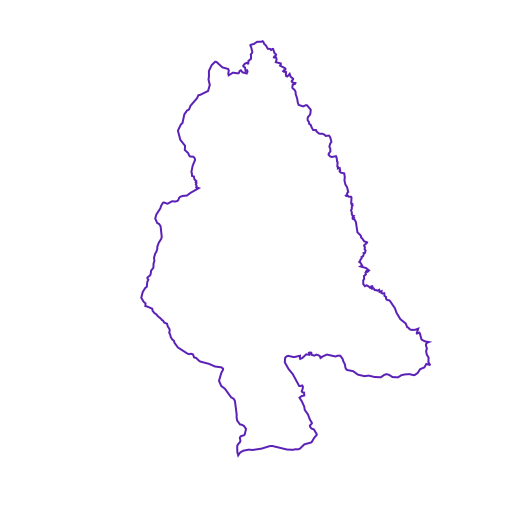 outline of Muong Cha, Điện Biên, Vietnam, rotated 152°
{"feature_id": "81297802B30042560711823", "entity_name": "Muong Cha", "entity_type": "district", "adm_level": 2, "iso_a3": "VNM", "parent_name": "Vietnam", "parent_adm1": "Điện Biên", "projection": "albers", "projection_center": [103.093, 21.828], "detail": "fine", "context": "isolated", "style": "outline", "palette": "violet", "viewbox_px": 512, "rotation_deg": 152, "n_neighbors": 0, "source": "geoboundaries", "source_scale": "gbopen_adm2", "svg_char_len": 6105}
<svg xmlns="http://www.w3.org/2000/svg" viewBox="0 0 512 512"><g transform="rotate(152 256 256)"><path d="M231.4,425.0L233.8,423.1L243.3,419.4L246.3,416.8L248.7,416.8L252.8,414.7L258.5,407.9L260.6,407.4L266.1,403.3L268.3,394.2L266.9,386.6L269.1,383.0L267.6,378.8L267.8,376.1L267.5,374.8L265.0,373.3L264.4,372.2L264.3,370.7L264.7,369.4L269.5,365.5L273.7,360.4L273.7,359.3L274.9,356.7L273.5,355.3L274.4,352.6L273.5,350.2L274.7,349.4L274.3,348.3L275.5,347.5L275.5,345.8L276.5,344.7L274.7,342.8L284.2,342.5L288.7,341.8L292.6,343.5L295.2,343.8L296.5,343.5L298.3,341.9L299.7,341.5L301.9,342.1L304.3,343.7L309.6,343.7L312.2,346.5L313.1,346.7L316.0,345.0L318.2,342.9L324.4,339.5L327.4,336.4L327.7,331.4L326.5,329.7L326.3,327.0L330.3,317.0L331.7,315.6L335.6,313.4L338.9,310.4L339.8,308.7L342.0,306.5L343.9,305.4L346.9,302.3L348.0,299.4L350.1,297.3L352.1,293.8L355.5,292.3L357.4,289.6L358.6,288.6L361.9,288.0L362.4,287.3L362.2,285.7L364.2,284.1L366.9,280.1L369.0,279.7L372.9,277.4L376.9,273.0L376.7,268.3L375.8,266.0L377.2,263.7L375.8,262.5L372.4,258.2L373.0,256.1L372.5,253.4L371.3,251.1L371.1,249.4L369.4,245.2L369.1,243.5L368.4,242.6L368.3,240.3L366.3,237.9L367.0,235.4L366.7,232.1L367.2,230.7L368.7,228.9L368.6,227.4L369.3,224.6L369.2,221.9L368.3,219.7L368.7,217.6L367.9,211.9L362.3,201.9L361.0,200.6L359.4,200.3L357.8,198.7L358.3,195.5L356.7,194.1L355.6,190.5L354.7,188.9L348.1,182.8L344.1,177.7L338.9,174.0L338.0,172.1L338.3,171.2L341.6,169.0L347.3,163.1L347.7,157.5L345.8,153.5L344.3,142.9L342.7,140.3L342.7,137.9L343.2,136.5L347.5,125.1L348.9,122.6L349.9,119.4L349.2,114.8L347.5,113.4L346.4,111.5L346.0,108.0L349.8,103.7L350.9,103.4L353.8,104.0L355.3,103.4L355.8,102.7L356.3,100.6L357.3,99.3L360.2,98.2L361.8,97.1L364.6,91.5L365.3,88.3L362.8,89.7L361.0,90.1L358.4,90.0L353.5,88.5L350.0,86.3L341.5,83.3L333.1,81.7L330.9,80.7L319.4,70.5L314.3,67.5L312.0,66.9L309.6,65.5L307.5,65.3L301.8,67.0L294.5,65.4L289.9,68.2L286.6,69.4L286.0,70.1L286.3,75.7L288.0,77.6L288.4,79.4L288.0,81.0L285.3,81.9L285.0,82.4L285.2,86.4L284.5,91.6L285.2,97.2L284.1,100.5L283.8,106.0L284.1,110.5L281.7,110.9L278.8,110.2L277.7,112.9L279.0,113.8L279.2,115.0L277.0,117.0L275.9,118.7L276.0,120.0L278.1,120.4L278.9,121.0L279.0,134.4L280.3,140.9L280.5,148.6L278.2,152.2L277.3,152.8L275.9,153.0L274.3,152.6L270.0,148.9L264.0,147.3L265.0,145.7L265.3,144.4L263.0,144.2L257.8,145.6L255.3,143.7L254.7,144.3L254.6,145.7L253.7,145.5L252.6,144.7L253.3,142.6L251.2,140.6L249.0,140.6L247.2,138.7L246.4,137.0L247.0,136.1L246.9,135.6L244.4,136.0L239.7,135.7L232.9,129.9L230.9,129.7L228.8,128.7L228.4,128.3L227.8,124.5L228.3,122.5L228.4,118.5L229.5,115.3L229.5,113.7L229.1,112.6L224.3,108.7L221.8,103.5L216.7,99.0L212.7,97.5L208.1,93.5L202.7,90.3L198.8,90.8L196.4,90.5L194.3,88.6L192.3,85.0L187.6,82.2L183.5,82.5L180.0,81.5L175.9,79.6L172.9,76.9L171.9,76.4L168.2,76.8L164.3,79.0L159.7,78.6L156.3,80.7L153.8,78.3L153.5,78.5L153.6,81.4L151.3,85.3L151.5,88.8L150.5,92.1L148.6,94.0L147.8,97.6L147.2,98.4L145.5,99.1L143.9,98.9L146.8,101.2L148.8,104.0L149.0,105.0L147.7,110.5L147.7,111.6L150.3,112.0L150.3,112.4L146.9,115.7L150.1,116.1L153.3,117.7L154.7,119.1L155.1,121.1L155.9,122.2L155.5,126.1L158.2,132.4L158.6,139.8L157.9,144.7L158.8,153.3L159.2,154.4L160.9,155.6L161.2,156.7L161.2,157.4L160.4,158.7L161.3,160.4L160.2,162.9L162.0,163.6L162.6,164.5L161.6,166.0L163.8,166.3L163.1,168.3L165.2,168.4L165.7,169.3L167.2,170.2L167.3,172.1L169.1,172.7L169.1,173.1L167.8,173.4L167.5,174.7L168.4,175.1L169.7,174.2L170.2,174.3L170.6,175.8L172.1,178.2L174.0,178.2L174.5,180.8L172.8,184.1L171.3,184.9L170.0,187.7L167.6,188.1L167.1,190.0L165.5,191.0L165.1,190.9L165.5,190.1L165.0,189.6L163.0,190.2L164.5,193.7L168.6,197.7L166.8,197.7L166.9,200.5L167.6,202.3L166.6,202.5L165.8,203.5L163.8,204.4L163.3,205.6L161.5,205.6L160.0,207.0L159.6,208.1L158.3,207.6L156.6,209.5L157.0,210.8L155.7,212.7L155.8,214.1L155.5,214.7L152.4,215.4L151.8,215.6L151.5,215.9L153.6,218.2L154.0,221.9L154.5,223.0L153.9,224.8L155.3,229.3L151.8,239.3L151.9,242.1L152.7,242.8L152.3,243.2L153.0,243.9L152.6,244.6L151.6,244.3L151.8,245.2L151.0,245.5L151.6,246.0L151.9,247.5L150.9,249.7L150.6,251.8L149.1,252.8L148.7,254.0L146.9,255.4L146.8,256.0L147.5,256.3L147.4,257.0L146.7,257.1L147.1,258.0L144.2,262.9L144.3,263.7L146.4,264.9L146.6,266.1L148.1,266.5L148.3,267.1L147.4,267.2L145.5,269.0L144.5,269.2L143.3,274.0L143.5,277.2L142.4,281.3L140.7,283.7L139.3,287.5L141.8,289.6L142.5,291.1L142.4,291.7L141.6,292.0L140.8,294.4L142.6,294.8L141.8,296.1L142.2,296.8L139.9,300.5L140.1,301.3L138.8,304.5L138.5,306.6L142.6,307.8L143.8,309.2L144.4,311.4L143.4,312.4L141.2,313.4L140.0,316.0L139.9,318.1L137.7,320.4L135.9,321.3L134.9,325.1L134.8,327.0L135.1,328.1L138.1,329.3L138.5,330.8L140.1,332.9L141.9,333.7L143.0,334.7L144.1,337.7L143.9,339.0L146.4,340.4L146.5,343.7L146.1,345.8L147.0,347.9L146.4,349.3L146.6,351.6L146.1,352.9L144.7,354.4L142.6,355.1L141.3,356.0L139.0,359.4L140.2,365.1L141.0,365.7L144.2,366.0L147.4,369.4L147.2,371.4L145.7,375.8L145.0,380.2L144.0,382.3L144.0,384.9L144.9,386.8L144.8,387.8L143.3,389.9L140.6,389.7L140.0,390.2L142.1,391.9L142.6,393.0L142.2,393.9L140.5,394.4L140.0,395.1L141.3,398.2L140.8,401.0L144.1,399.8L144.9,400.6L144.5,402.2L143.1,404.3L145.0,405.7L145.3,406.4L144.0,406.9L142.7,406.7L142.1,407.4L142.3,408.3L145.4,412.8L144.0,413.7L143.7,414.4L147.5,417.8L145.6,419.8L145.2,421.0L145.2,422.0L146.6,422.5L146.9,423.1L146.2,423.6L144.7,423.5L143.7,424.5L144.4,426.6L143.7,430.7L144.2,431.1L146.0,430.8L146.3,432.2L148.3,433.4L148.4,437.3L149.2,439.4L149.0,441.6L149.3,442.6L150.6,442.6L154.4,444.6L158.4,444.2L161.7,445.0L162.2,444.4L162.2,442.8L163.4,438.0L164.1,437.2L166.0,436.4L166.5,434.8L167.9,432.4L171.0,431.8L172.5,429.6L173.1,429.9L173.5,430.9L175.7,431.0L178.0,430.0L178.1,429.1L177.2,427.6L178.3,424.3L176.7,424.2L176.7,423.7L177.0,422.7L178.5,421.5L181.7,424.5L182.2,427.1L183.6,427.0L185.3,425.6L186.0,425.6L190.3,428.7L195.3,428.4L194.9,430.0L192.9,432.6L192.8,434.2L197.1,438.3L199.8,445.9L200.9,446.7L205.6,445.3L210.7,441.5L213.2,436.7L215.1,434.1L216.5,428.7L220.9,424.2L229.8,424.5L231.4,425.0Z" fill="none" stroke="#5b21b6" stroke-width="2"/></g></svg>